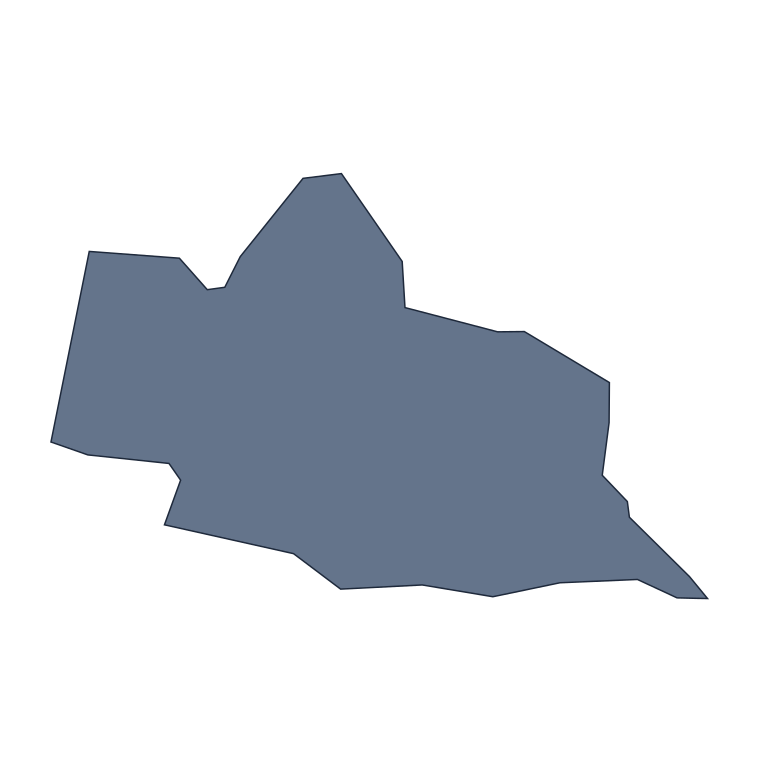 Balléyara, Tillabéri, Niger (orthographic projection), rotated 182°
{"feature_id": "23599985B53989443832132", "entity_name": "Balléyara", "entity_type": "district", "adm_level": 2, "iso_a3": "NER", "parent_name": "Niger", "parent_adm1": "Tillabéri", "projection": "orthographic", "projection_center": [2.816, 13.701], "detail": "fine", "context": "isolated", "style": "filled", "palette": "slate", "viewbox_px": 768, "rotation_deg": 182, "n_neighbors": 0, "source": "geoboundaries", "source_scale": "gbopen_adm2", "svg_char_len": 550}
<svg xmlns="http://www.w3.org/2000/svg" viewBox="0 0 768 768"><g transform="rotate(182 384 384)"><path d="M53.2,180.9L71.9,202.1L134.1,259.4L136.7,275.0L162.7,300.4L157.7,353.2L158.8,393.3L245.6,441.3L272.3,440.1L365.7,461.1L370.1,507.1L433.9,592.8L472.1,586.7L532.1,506.3L546.5,475.1L563.9,472.1L592.9,502.6L683.2,506.2L714.8,314.4L677.5,302.8L596.1,297.1L583.9,280.8L598.5,235.6L468.5,211.3L420.2,177.5L338.8,184.5L267.8,175.2L201.2,191.5L123.9,197.5L83.7,180.5L64.2,180.7L53.2,180.9Z" fill="#64748b" stroke="#1e293b" stroke-width="1.5"/></g></svg>